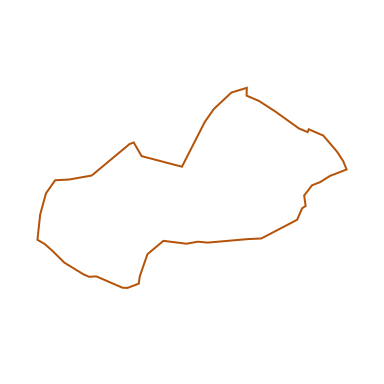 Faqus, Ash Sharqiyah, Egypt (Albers equal-area conic projection), rotated 112°
{"feature_id": "37247803B81892076694929", "entity_name": "Faqus", "entity_type": "district", "adm_level": 2, "iso_a3": "EGY", "parent_name": "Egypt", "parent_adm1": "Ash Sharqiyah", "projection": "albers", "projection_center": [31.802, 30.723], "detail": "fine", "context": "isolated", "style": "outline", "palette": "amber", "viewbox_px": 384, "rotation_deg": 112, "n_neighbors": 0, "source": "geoboundaries", "source_scale": "gbopen_adm2", "svg_char_len": 873}
<svg xmlns="http://www.w3.org/2000/svg" viewBox="0 0 384 384"><g transform="rotate(112 192 192)"><path d="M140.8,83.2L134.6,76.7L125.4,70.1L113.2,57.1L106.8,63.3L100.3,72.6L90.5,91.4L90.3,100.1L90.1,107.2L93.2,107.3L93.1,110.5L93.0,116.8L87.8,138.2L86.1,145.2L82.5,164.1L82.3,173.7L82.2,177.5L74.9,180.2L85.0,192.7L106.7,202.8L122.3,206.4L172.3,210.8L173.4,219.1L177.1,248.1L177.6,252.2L167.9,264.6L171.0,267.9L173.8,269.4L208.4,288.0L214.3,291.2L226.4,310.5L232.4,323.3L248.0,326.9L269.9,324.3L294.2,317.4L295.4,309.1L298.7,299.7L305.3,284.0L309.0,261.9L309.1,257.8L309.1,255.5L306.1,249.1L306.8,220.6L305.1,215.9L296.9,207.0L290.0,208.8L278.8,209.4L266.3,210.0L259.6,206.4L248.3,200.4L248.0,200.2L242.0,177.7L235.9,168.0L233.0,158.4L215.0,123.1L209.1,110.3L178.3,84.1L165.8,83.8L162.4,81.4L153.2,86.7L140.8,83.2Z" fill="none" stroke="#b45309" stroke-width="2"/></g></svg>